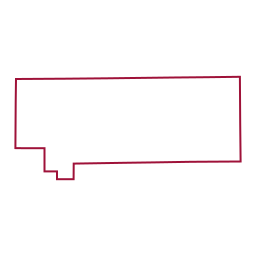 the district of Howard, Indiana, United States of America
{"feature_id": "52423323B16431828353602", "entity_name": "Howard", "entity_type": "district", "adm_level": 2, "iso_a3": "USA", "parent_name": "United States of America", "parent_adm1": "Indiana", "projection": "robinson", "projection_center": [-86.172, 40.47], "detail": "fine", "context": "isolated", "style": "outline", "palette": "rose", "viewbox_px": 256, "rotation_deg": 0, "n_neighbors": 0, "source": "geoboundaries", "source_scale": "gbopen_adm2", "svg_char_len": 371}
<svg xmlns="http://www.w3.org/2000/svg" viewBox="0 0 256 256"><path d="M16.0,79.0L15.7,102.2L15.4,148.1L23.7,148.2L44.5,148.2L44.5,171.4L57.0,171.4L57.0,179.2L73.6,179.2L73.7,163.6L124.4,162.8L153.6,162.4L190.9,161.8L240.6,161.5L240.2,123.1L239.9,76.8L206.9,77.2L174.3,77.5L124.3,78.1L107.8,78.3L65.6,78.7L16.0,79.0Z" fill="none" stroke="#9f1239" stroke-width="2"/></svg>